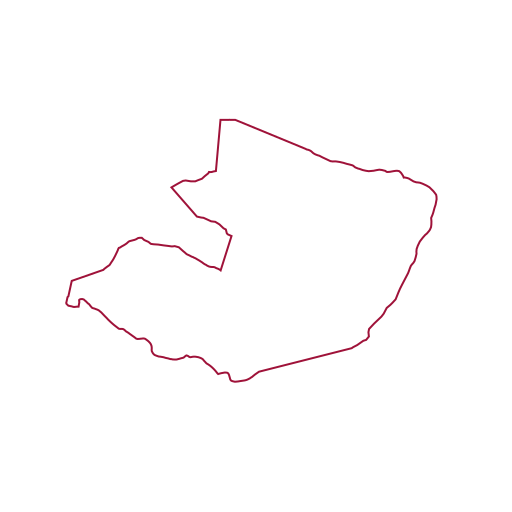 outline of Balca, Choiseul, Saint Lucia, rotated 235°
{"feature_id": "8701671B30970661206572", "entity_name": "Balca", "entity_type": "district", "adm_level": 2, "iso_a3": "LCA", "parent_name": "Saint Lucia", "parent_adm1": "Choiseul", "projection": "albers", "projection_center": [-61.023, 13.772], "detail": "fine", "context": "isolated", "style": "outline", "palette": "rose", "viewbox_px": 512, "rotation_deg": 235, "n_neighbors": 0, "source": "geoboundaries", "source_scale": "gbopen_adm2", "svg_char_len": 5160}
<svg xmlns="http://www.w3.org/2000/svg" viewBox="0 0 512 512"><g transform="rotate(235 256 256)"><path d="M330.4,78.0L327.9,75.3L326.8,74.1L326.4,73.6L325.3,73.3L324.6,73.5L323.8,73.6L322.9,73.8L322.1,74.6L321.3,75.3L320.5,76.1L319.7,76.7L318.9,77.4L318.2,78.4L317.4,79.9L317.0,80.6L316.3,81.6L318.3,83.6L319.4,84.7L320.1,85.1L320.7,85.4L321.4,85.9L321.5,86.6L321.3,87.4L321.1,87.9L320.4,89.0L319.8,89.5L319.1,90.0L318.3,90.2L317.6,90.3L316.8,90.6L315.6,90.8L313.4,91.2L312.4,91.6L311.5,91.7L310.3,91.7L309.6,91.8L308.4,91.9L307.4,92.1L306.7,92.6L305.5,93.6L304.4,94.3L303.6,94.9L302.3,95.7L301.5,96.1L300.6,96.3L298.5,96.9L296.4,97.2L293.2,97.7L291.0,98.1L288.7,98.4L286.7,98.8L286.1,98.9L284.3,99.3L282.6,99.7L280.7,100.2L279.4,100.6L277.8,101.1L277.2,101.3L275.5,101.8L274.9,102.1L274.1,103.0L273.8,103.5L273.0,104.6L272.4,105.2L271.4,105.7L270.3,106.0L269.0,106.2L267.2,107.0L266.0,107.5L264.6,107.9L263.3,108.4L261.5,109.0L259.9,109.6L258.7,110.0L257.2,110.4L256.1,111.2L255.7,111.8L254.9,113.1L254.4,114.1L253.8,115.1L253.3,116.1L252.7,116.9L251.9,117.6L251.2,117.9L249.4,118.5L248.8,118.7L247.7,119.0L245.7,119.3L244.4,119.3L243.3,119.1L242.2,118.8L241.4,118.4L240.7,118.0L239.7,117.3L239.0,116.7L237.9,116.1L236.6,115.9L235.6,115.8L235.1,115.8L233.7,116.0L232.9,116.3L231.5,117.2L230.5,117.9L229.4,118.7L228.5,119.8L227.7,120.6L227.1,121.2L226.2,122.1L225.6,122.6L224.4,123.5L222.5,125.3L220.7,126.7L220.0,127.6L219.0,128.5L218.4,129.3L217.6,130.3L216.7,131.7L216.2,133.1L215.8,134.1L215.4,135.4L215.0,136.5L214.4,138.0L214.3,138.8L214.4,139.5L214.5,140.3L214.5,141.9L213.7,142.6L212.6,143.2L211.7,143.4L210.8,144.1L210.2,145.3L210.0,145.9L209.4,147.0L208.7,148.1L207.9,149.0L207.0,149.9L206.1,150.8L205.1,151.5L204.3,152.1L203.0,152.8L202.0,153.2L200.7,153.3L199.6,153.4L198.4,153.6L196.7,153.8L195.6,154.2L194.8,154.6L193.5,155.1L192.0,155.6L190.5,156.0L189.6,156.2L188.1,156.5L186.8,156.7L185.2,156.9L183.9,157.0L182.0,157.1L181.0,157.3L180.9,157.7L180.0,160.2L179.0,162.4L178.4,163.7L177.4,164.9L176.7,165.6L175.7,165.9L174.1,165.7L170.9,164.6L169.9,164.2L169.1,164.1L168.4,164.1L167.4,164.6L166.3,165.5L165.1,166.6L164.4,167.8L163.5,169.4L162.6,171.3L161.7,173.1L160.8,174.9L160.3,176.0L159.8,177.6L159.6,178.6L159.4,180.0L159.3,180.6L159.3,182.3L159.2,183.6L159.4,185.4L159.4,186.4L159.5,186.7L159.5,192.1L125.6,281.5L125.6,283.3L125.0,287.8L125.0,295.3L124.1,298.1L125.3,302.3L129.1,304.4L131.4,306.8L132.9,314.0L134.4,323.9L135.5,327.5L138.5,333.3L138.9,338.0L139.4,340.9L140.4,345.5L144.5,351.8L146.7,355.4L148.8,359.3L151.8,365.1L154.7,370.7L155.9,372.5L157.6,374.9L159.1,377.2L159.6,378.7L160.1,380.9L160.9,382.9L163.3,386.0L165.8,388.8L167.6,389.9L169.6,391.6L171.6,394.4L173.9,398.5L175.4,403.3L176.2,406.6L176.4,408.9L177.2,412.0L177.7,413.4L179.2,415.9L181.2,417.7L183.8,419.6L186.7,421.3L188.5,424.2L189.9,426.1L193.0,429.8L195.0,432.5L198.9,436.5L201.1,437.9L202.9,438.7L207.3,438.5L212.8,437.5L215.9,436.1L219.7,433.9L222.0,432.3L223.4,430.8L223.8,430.3L224.5,429.5L226.8,427.8L231.8,425.6L233.3,424.5L235.1,422.8L235.5,422.0L237.1,422.4L239.0,422.5L241.1,422.5L243.3,422.0L244.5,420.9L245.5,419.5L246.5,417.6L248.2,413.9L249.4,411.9L250.1,411.2L251.5,410.8L252.2,410.2L254.3,408.4L256.0,406.5L257.1,404.2L258.4,401.2L260.8,397.0L262.8,394.9L265.2,392.7L268.2,390.6L268.9,389.9L271.7,388.1L274.2,387.4L275.1,386.9L277.4,385.0L279.3,383.3L281.2,381.8L282.0,381.2L284.9,378.6L287.2,376.2L287.9,375.4L289.5,373.0L291.0,371.4L293.3,370.1L298.7,367.0L301.8,365.4L303.0,364.4L305.2,362.9L306.9,362.1L307.8,361.8L310.1,361.3L311.3,360.8L312.8,359.9L314.2,358.6L315.4,358.0L379.4,317.1L382.6,312.6L387.9,305.0L348.6,271.9L349.6,269.7L350.2,267.9L350.9,266.8L351.8,265.7L351.1,264.4L350.8,259.8L350.3,256.0L351.3,252.2L352.0,249.1L354.6,245.4L358.2,241.7L359.4,239.3L360.0,234.2L360.3,231.0L360.7,226.1L322.2,230.2L319.0,233.1L317.4,234.9L312.5,237.8L310.2,239.1L307.4,242.2L304.5,243.5L302.8,244.2L297.3,245.3L295.0,246.5L291.3,245.1L289.9,245.3L286.4,247.4L264.5,218.8L265.2,218.6L265.7,218.4L267.1,217.7L267.7,217.3L268.7,216.6L269.2,216.3L270.1,215.9L270.7,215.5L271.1,215.1L271.5,214.7L272.1,213.8L273.2,212.5L274.3,211.5L275.2,211.0L276.0,210.5L277.4,210.0L278.6,209.3L280.1,208.7L281.7,208.2L283.9,207.3L284.9,206.9L286.0,206.4L286.8,206.0L288.0,205.5L289.2,204.9L290.3,204.2L291.2,203.8L292.1,203.1L292.8,202.7L293.2,202.5L294.4,201.9L295.5,201.3L296.6,200.6L297.5,200.2L298.7,199.9L299.7,199.7L301.8,199.1L307.4,197.8L310.3,195.4L310.7,195.1L311.1,194.3L311.7,193.2L312.3,192.3L314.2,190.3L317.7,186.4L321.5,182.4L324.3,178.9L325.6,177.5L326.2,176.9L327.3,176.5L328.2,176.3L329.2,176.0L329.9,175.6L331.2,174.8L332.4,174.1L333.2,173.6L336.4,172.9L337.0,172.0L337.6,171.2L338.3,169.8L338.4,168.7L338.5,167.3L338.9,165.7L340.7,160.9L340.8,160.0L340.7,158.8L340.5,157.3L340.5,155.8L340.6,154.0L340.9,151.3L340.9,149.6L341.3,148.3L340.8,147.2L340.0,146.1L339.0,144.4L337.7,142.1L336.7,140.3L335.8,138.5L335.1,137.1L334.4,135.4L334.0,134.3L333.4,132.8L332.8,131.4L332.6,130.7L332.6,129.4L332.6,127.9L332.6,127.1L332.5,125.7L332.5,124.6L332.2,123.0L341.3,90.8L330.6,79.2L330.4,78.0Z" fill="none" stroke="#9f1239" stroke-width="2"/></g></svg>